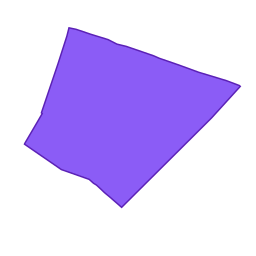 the district of Tichitt, Tagant, Mauritania, rotated 19°
{"feature_id": "47542326B42701553126465", "entity_name": "Tichitt", "entity_type": "district", "adm_level": 2, "iso_a3": "MRT", "parent_name": "Mauritania", "parent_adm1": "Tagant", "projection": "orthographic", "projection_center": [-9.94, 18.515], "detail": "fine", "context": "isolated", "style": "filled", "palette": "violet", "viewbox_px": 256, "rotation_deg": 19, "n_neighbors": 0, "source": "geoboundaries", "source_scale": "gbopen_adm2", "svg_char_len": 545}
<svg xmlns="http://www.w3.org/2000/svg" viewBox="0 0 256 256"><g transform="rotate(19 128 128)"><path d="M35.4,177.0L78.5,189.0L108.0,189.2L113.2,191.4L113.5,191.5L116.7,192.2L122.4,194.7L126.7,196.7L128.5,197.4L132.8,199.0L147.8,205.1L203.8,91.1L220.6,52.1L219.5,51.6L205.8,51.2L176.6,52.3L155.3,51.9L134.9,51.9L129.0,51.4L99.7,51.4L90.2,52.3L80.4,50.9L62.1,51.5L46.7,51.6L39.6,52.5L40.3,61.0L40.9,89.5L41.0,105.8L41.2,141.9L42.2,142.3L40.4,151.5L35.8,174.2L35.4,176.4L35.4,177.0Z" fill="#8b5cf6" stroke="#5b21b6" stroke-width="1.5"/></g></svg>